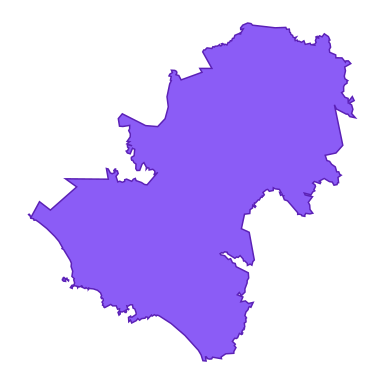 Zihuatanejo de Azueta, Guerrero, Mexico (Albers equal-area conic projection)
{"feature_id": "50627088B68116165686784", "entity_name": "Zihuatanejo de Azueta", "entity_type": "district", "adm_level": 2, "iso_a3": "MEX", "parent_name": "Mexico", "parent_adm1": "Guerrero", "projection": "albers", "projection_center": [-101.453, 17.808], "detail": "fine", "context": "isolated", "style": "filled", "palette": "violet", "viewbox_px": 384, "rotation_deg": 0, "n_neighbors": 0, "source": "geoboundaries", "source_scale": "gbopen_adm2", "svg_char_len": 5950}
<svg xmlns="http://www.w3.org/2000/svg" viewBox="0 0 384 384"><path d="M355.4,117.8L351.6,113.5L352.9,109.3L351.6,104.9L349.1,103.3L354.2,100.6L352.3,96.6L348.2,101.9L348.1,98.4L345.0,97.3L341.6,92.6L343.7,91.3L343.6,86.7L344.6,84.8L347.1,83.1L346.9,81.4L347.8,80.7L344.9,78.7L344.3,76.1L345.5,70.8L344.7,67.0L350.8,63.6L348.4,60.9L345.9,60.9L345.4,62.2L342.0,57.9L335.9,57.8L335.7,54.9L329.7,52.3L329.3,49.5L330.6,47.2L330.0,43.6L328.9,42.2L329.1,40.2L329.9,40.0L328.4,36.6L324.3,33.8L322.1,36.8L319.5,35.8L318.5,36.7L318.6,38.1L317.6,37.8L317.1,36.4L315.9,37.0L316.4,37.9L315.4,40.7L316.1,42.3L314.9,44.1L313.6,44.3L314.3,45.1L310.8,44.6L310.2,43.3L305.3,44.4L303.9,40.8L301.4,42.3L299.3,41.2L297.7,41.3L297.3,40.1L295.2,40.6L294.9,39.2L296.3,37.1L294.5,37.8L293.0,37.0L292.6,35.4L290.9,34.4L290.4,32.6L289.7,32.3L289.3,29.1L286.7,29.3L285.8,27.4L275.2,27.8L252.6,25.2L251.0,23.6L247.7,23.0L242.8,25.1L240.6,27.9L240.7,29.5L243.2,28.9L241.3,32.2L239.5,33.3L240.8,33.3L240.6,34.0L238.4,33.8L234.9,35.3L233.9,38.2L232.5,38.4L231.6,40.8L230.4,40.7L229.4,42.4L228.1,42.5L227.0,44.9L224.9,44.2L224.2,44.8L222.7,43.5L221.6,43.8L222.3,44.6L221.4,45.7L220.3,45.9L219.6,44.6L217.5,46.1L215.1,46.2L214.5,47.0L212.9,46.7L211.9,48.5L207.0,47.9L204.9,50.0L203.7,50.0L202.7,51.9L211.9,68.4L199.8,68.4L202.0,72.3L181.1,79.9L178.8,75.5L176.0,74.7L176.9,72.9L176.5,71.4L174.8,70.4L171.4,70.2L172.4,72.6L169.8,74.2L169.0,75.9L171.2,76.5L170.4,80.2L171.3,80.6L169.7,83.9L167.0,96.8L168.3,106.9L165.1,118.7L157.7,126.6L145.6,125.6L122.3,113.8L118.3,118.6L119.5,126.2L122.9,126.5L129.7,125.4L129.6,128.8L128.7,130.6L130.3,133.8L130.2,136.9L127.1,141.4L129.6,141.7L126.9,143.9L132.1,145.8L127.3,144.6L127.6,147.2L128.8,148.0L127.6,150.6L126.2,151.1L127.4,153.0L130.2,153.8L132.5,148.3L134.7,149.3L134.1,155.7L131.4,157.3L131.3,158.9L131.7,160.2L132.8,160.4L134.0,162.6L136.0,164.1L135.8,168.7L137.0,170.5L139.7,170.4L142.1,164.1L143.9,162.6L146.4,167.3L146.2,169.2L147.5,167.6L149.0,168.2L149.1,170.0L152.8,169.3L154.5,170.7L155.0,172.2L154.1,174.6L154.8,175.0L157.8,172.3L147.1,184.8L144.6,184.5L141.5,182.5L136.1,180.6L135.3,178.4L133.4,179.2L131.7,181.3L126.6,179.1L124.7,179.7L124.6,181.4L122.2,182.3L119.8,181.2L117.8,181.9L116.0,176.3L118.2,173.6L117.4,170.9L115.8,170.9L115.6,169.0L114.9,169.1L113.8,170.6L114.7,172.6L112.2,173.7L110.3,172.9L108.2,169.0L106.4,168.5L108.3,179.2L65.5,178.8L76.7,186.9L50.4,210.1L39.5,201.7L31.0,217.3L29.8,214.9L29.1,214.2L28.6,214.6L30.4,216.3L30.7,218.2L33.6,218.8L34.0,220.2L35.9,220.1L38.8,222.1L46.8,228.5L54.7,236.3L58.9,241.3L62.6,247.8L62.0,248.6L63.6,249.5L70.0,260.0L71.4,263.2L71.1,266.6L72.7,271.2L71.9,276.4L74.3,278.7L73.7,279.8L74.6,282.8L74.1,284.8L71.8,285.4L70.4,287.6L72.2,288.4L72.6,286.5L74.6,285.7L77.3,286.4L77.7,287.8L78.5,286.6L79.7,286.9L81.7,285.8L82.3,286.4L81.9,287.1L85.0,288.5L86.0,287.6L88.1,289.1L88.9,287.4L88.6,289.2L89.2,288.5L93.4,288.9L97.5,290.3L100.5,292.8L101.6,295.6L100.9,297.1L101.5,298.5L102.3,298.1L103.1,299.0L103.3,300.4L102.0,302.1L103.0,303.8L102.5,305.1L103.7,306.0L104.0,307.2L104.7,307.6L110.8,304.4L112.7,305.9L116.2,305.8L117.6,309.2L119.5,308.8L119.3,311.0L118.0,312.4L119.0,315.1L120.2,314.0L120.1,311.5L122.0,312.0L124.4,311.1L125.0,312.4L126.0,312.5L126.5,311.5L125.8,310.2L127.6,309.3L128.5,309.7L128.8,309.2L127.6,308.6L126.9,306.0L127.7,306.3L130.5,304.7L132.5,304.9L133.0,308.0L134.9,309.1L136.2,313.1L136.0,314.5L132.1,317.1L130.9,317.1L130.6,316.1L128.5,317.4L128.8,321.7L130.5,320.1L131.7,323.0L136.3,320.6L137.8,318.6L139.6,320.2L141.6,318.6L145.0,318.2L146.0,316.9L147.7,317.3L147.9,318.8L151.4,315.1L152.1,316.1L154.5,314.7L156.2,315.9L157.0,315.1L159.0,315.7L171.1,323.5L184.9,335.4L198.4,350.3L201.1,354.9L202.9,360.7L206.1,361.0L205.5,356.9L206.1,356.7L207.7,358.7L209.4,359.1L211.7,358.9L212.5,357.2L221.5,358.7L221.2,356.9L225.8,353.8L233.8,353.3L233.9,351.4L236.0,347.6L234.3,345.7L235.3,344.2L232.4,341.4L234.6,338.3L236.4,338.5L237.6,337.7L239.4,333.4L241.5,334.5L242.4,334.0L242.6,332.9L241.8,333.0L241.8,332.2L242.6,330.1L243.9,329.7L244.4,328.8L243.8,328.3L244.8,326.9L244.3,323.1L246.0,321.9L245.8,318.5L246.5,317.9L244.9,315.6L245.9,312.1L248.0,309.7L248.8,307.2L249.8,306.7L250.9,307.3L253.2,302.4L248.5,303.5L245.4,300.9L240.8,301.8L242.9,297.0L237.3,294.8L239.3,292.5L241.4,295.6L245.0,292.1L244.9,288.9L247.1,283.0L247.2,280.5L248.7,278.0L248.3,272.8L236.1,266.7L235.2,263.5L232.5,262.7L230.6,258.7L228.3,259.5L224.7,255.7L220.8,254.8L220.1,253.7L221.8,252.6L223.0,253.1L224.7,251.8L227.3,252.3L227.5,253.6L234.9,258.3L236.5,257.0L238.2,257.4L240.1,255.6L243.0,258.8L243.6,261.0L244.7,260.9L247.3,263.4L247.4,265.4L250.1,264.1L251.9,265.2L252.8,261.7L254.3,260.0L249.2,232.3L241.4,228.7L244.5,214.2L249.8,213.5L250.1,209.6L252.5,208.0L252.7,205.4L255.0,207.4L255.8,206.3L254.1,204.5L254.5,202.9L255.5,203.0L258.3,199.8L259.3,200.0L260.8,197.3L262.1,197.3L262.3,195.9L263.1,196.2L264.3,194.8L263.0,192.4L266.4,189.7L267.7,189.4L269.3,191.3L273.2,190.5L273.3,187.8L275.0,188.8L279.4,189.4L281.2,192.7L279.6,192.4L280.6,195.3L282.2,194.5L282.4,195.5L283.7,195.9L283.1,196.5L284.4,199.8L287.5,200.8L297.7,212.7L297.7,214.4L299.3,214.2L301.5,214.8L301.9,215.8L305.4,216.5L304.4,215.7L305.8,213.4L309.9,213.9L312.8,213.2L310.0,209.5L309.7,205.0L308.3,202.3L312.5,196.7L305.2,195.0L304.3,193.1L311.0,194.8L312.8,191.9L314.8,190.8L313.9,189.7L315.5,186.4L314.9,184.7L312.7,183.2L314.4,181.5L320.1,183.6L320.8,182.2L319.3,181.1L324.2,178.5L329.4,181.6L332.3,182.1L334.0,185.2L337.0,184.6L337.6,182.9L338.6,182.7L338.0,177.4L341.2,175.2L339.8,174.4L338.7,171.8L336.7,171.8L335.3,166.9L331.6,164.3L329.6,161.4L326.9,160.5L325.2,155.3L336.0,153.0L342.8,145.3L334.4,104.8L336.4,109.0L346.2,114.1L347.8,114.1L349.8,116.6L355.4,117.8ZM65.6,278.9L63.9,277.4L63.1,278.0L63.4,278.9L62.5,279.1L62.3,279.9L63.4,281.1L65.6,281.4L65.4,280.0L66.5,279.1L68.5,280.9L68.7,280.1L67.4,279.5L66.9,278.2L65.6,278.9Z" fill="#8b5cf6" stroke="#5b21b6" stroke-width="1.5"/></svg>